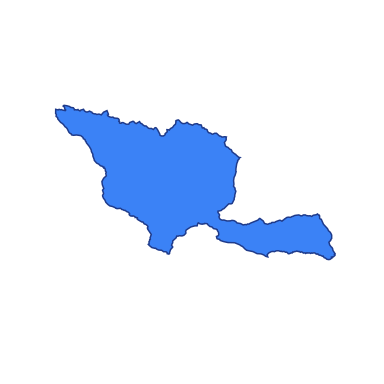 Pachitea, Huánuco, Peru, rotated 109°
{"feature_id": "86281439B39001468378373", "entity_name": "Pachitea", "entity_type": "district", "adm_level": 2, "iso_a3": "PER", "parent_name": "Peru", "parent_adm1": "Huánuco", "projection": "natural_earth1", "projection_center": [-75.872, -9.94], "detail": "fine", "context": "isolated", "style": "filled", "palette": "blue", "viewbox_px": 384, "rotation_deg": 109, "n_neighbors": 0, "source": "geoboundaries", "source_scale": "gbopen_adm2", "svg_char_len": 6061}
<svg xmlns="http://www.w3.org/2000/svg" viewBox="0 0 384 384"><g transform="rotate(109 192 192)"><path d="M151.2,338.5L151.7,341.2L152.6,341.8L153.0,341.6L153.0,340.8L153.4,340.1L154.8,339.4L155.6,338.1L156.3,338.3L156.7,341.1L156.6,342.4L157.1,343.0L157.1,344.6L157.8,345.0L158.0,345.6L158.2,347.8L162.2,346.5L162.9,345.5L164.8,345.1L165.4,343.3L166.6,342.7L169.0,338.8L169.2,337.7L170.0,335.6L171.7,333.2L171.9,332.2L172.7,330.7L175.6,327.8L176.2,326.6L176.4,325.1L177.2,324.5L177.0,322.6L175.7,319.8L174.9,315.5L175.9,312.8L177.0,312.1L177.2,310.3L178.4,309.5L178.9,308.5L179.8,308.0L182.4,303.9L184.9,301.1L186.6,300.2L188.5,298.1L190.3,297.4L193.2,295.0L193.9,294.7L195.7,291.6L196.0,289.2L197.0,287.2L196.9,284.8L197.5,284.1L197.2,283.4L198.2,283.0L198.0,282.1L199.3,281.1L200.3,280.8L201.2,279.5L202.5,279.6L204.6,278.3L207.7,280.0L211.4,280.6L214.4,279.1L217.5,276.5L219.4,277.2L222.0,275.2L223.1,275.1L224.1,275.5L225.1,275.1L226.8,273.6L227.9,271.8L229.8,270.1L231.1,267.6L231.9,265.2L231.6,262.6L231.8,259.7L232.2,258.8L232.0,258.1L232.2,257.6L230.7,254.2L231.4,252.7L231.2,251.7L231.5,250.1L231.1,249.3L231.8,247.4L231.8,245.9L232.1,245.1L232.9,243.9L233.9,244.0L234.5,242.8L234.6,241.7L234.2,241.1L234.3,240.6L233.8,240.1L233.7,239.3L234.1,237.6L234.6,237.4L234.2,236.7L234.4,235.7L234.2,235.2L234.5,235.0L235.3,235.1L235.8,234.1L236.7,229.7L236.3,228.7L237.7,226.8L237.7,225.0L238.4,223.1L239.2,222.3L240.1,222.5L240.5,222.1L240.8,222.3L241.6,221.7L245.4,216.7L249.0,216.7L250.2,216.0L250.8,216.5L252.2,216.2L252.9,216.5L255.0,215.7L255.7,216.3L256.5,214.9L257.6,211.9L257.3,208.4L257.0,208.0L257.6,206.5L257.7,204.7L257.0,201.7L257.7,199.4L257.0,197.2L257.3,195.9L258.4,195.4L258.3,193.9L258.1,193.5L257.4,193.2L256.9,193.5L253.4,193.5L250.5,192.3L249.9,192.6L249.2,193.9L247.4,194.0L246.4,193.7L244.5,194.3L240.5,192.1L238.7,192.1L238.3,190.8L237.5,189.9L236.8,187.2L235.6,185.6L233.2,184.4L232.3,184.6L231.3,185.2L229.8,185.1L225.5,181.8L223.1,178.3L222.3,176.1L219.7,176.3L219.1,175.9L219.5,174.1L219.1,171.8L218.5,171.2L218.4,170.3L217.7,170.0L217.1,167.7L217.1,167.1L217.7,166.5L218.8,163.8L218.5,161.9L219.6,159.7L219.2,157.1L219.4,155.9L220.1,155.6L221.4,153.9L223.4,152.9L224.7,152.9L226.1,154.4L227.7,153.4L228.1,152.9L227.8,150.5L228.6,149.6L228.6,146.2L228.1,141.6L226.1,135.2L226.4,129.8L227.0,127.7L227.0,126.6L228.7,123.2L229.3,121.3L228.5,114.9L229.1,110.4L228.0,106.5L228.1,103.8L228.8,101.3L228.7,99.2L226.9,100.5L224.8,99.7L222.7,97.8L221.8,96.1L221.6,94.7L220.1,93.0L219.4,91.2L219.3,88.7L218.9,88.1L219.1,87.3L218.2,85.6L218.5,84.0L218.1,83.1L218.2,82.3L219.0,80.9L218.6,79.8L217.3,78.4L217.0,77.4L215.8,77.1L215.7,76.3L215.0,75.8L214.5,74.6L213.7,73.7L213.7,72.0L213.3,71.5L213.7,69.9L213.0,69.3L213.1,67.6L213.5,66.9L212.8,65.5L213.1,64.5L212.6,64.3L212.3,63.5L212.0,63.4L212.0,62.6L211.3,61.0L211.5,59.9L210.6,58.9L210.7,58.4L209.7,56.6L209.8,55.3L210.3,54.3L209.7,53.4L209.9,52.9L209.7,52.6L210.0,52.3L210.3,51.2L210.0,50.1L210.3,47.6L209.9,47.2L211.1,45.6L211.0,44.3L211.7,42.6L211.4,40.7L210.8,39.6L208.7,38.1L208.2,38.9L207.6,38.2L207.4,37.3L205.4,36.2L204.7,36.4L204.5,37.0L203.8,36.6L201.4,39.7L199.8,40.6L198.9,41.6L198.6,42.5L197.2,44.6L194.9,46.2L192.6,45.1L192.0,45.3L190.5,44.8L187.3,45.9L186.5,46.6L185.1,48.1L184.2,50.3L182.5,52.0L179.7,57.2L175.7,60.9L175.8,61.8L175.4,62.7L173.0,63.6L172.5,64.1L172.8,64.4L171.9,66.2L173.1,67.2L174.5,69.8L176.1,70.8L176.0,72.6L176.6,73.9L177.0,76.1L176.8,77.5L177.5,79.3L178.6,80.1L179.1,81.2L178.9,83.5L180.2,86.2L181.0,87.6L182.0,88.4L182.4,89.2L183.9,90.6L184.5,92.9L185.5,94.4L186.7,95.0L187.3,95.7L188.8,96.4L189.3,97.0L189.9,97.1L190.3,97.8L190.0,99.0L190.2,100.0L192.7,103.1L193.8,103.9L194.8,106.6L196.0,107.2L196.4,108.3L197.9,109.9L198.1,113.2L196.2,115.2L194.9,119.2L195.1,119.6L197.2,120.6L202.4,126.6L203.8,127.7L204.2,129.1L205.2,129.8L205.4,131.1L206.5,132.9L206.0,135.8L206.6,139.4L205.7,141.0L205.4,143.0L205.8,145.0L206.9,146.5L208.0,149.6L208.1,152.8L208.6,153.7L208.8,155.3L208.5,156.7L207.6,157.8L206.4,158.5L205.6,158.3L204.5,158.6L202.9,160.8L201.7,161.2L200.0,158.4L198.3,157.5L197.4,156.4L191.2,153.4L190.5,151.2L189.7,150.3L185.2,149.7L184.2,150.1L182.3,150.1L180.8,150.6L177.0,150.8L175.3,152.4L174.4,152.5L173.1,154.6L171.0,154.9L167.7,156.4L164.5,157.0L162.3,156.7L158.3,156.9L157.9,157.4L155.4,158.1L150.7,158.9L147.9,158.8L147.3,159.1L145.9,158.3L144.6,158.3L143.8,157.8L144.0,159.0L142.7,162.2L142.1,163.1L142.1,164.0L140.9,167.3L139.8,168.0L139.2,168.9L139.2,170.3L138.1,172.5L138.0,174.5L137.7,174.9L137.7,175.3L134.6,177.5L132.0,176.7L131.0,176.8L129.7,177.4L128.8,177.4L129.0,178.8L130.3,181.5L129.9,183.1L130.1,184.3L128.5,187.9L129.1,189.7L130.6,191.2L130.7,192.0L130.3,193.6L130.5,195.5L129.7,196.9L128.2,198.0L128.0,199.5L128.3,200.6L127.3,201.7L127.9,202.5L128.0,203.2L125.6,205.1L126.2,208.0L125.7,208.8L125.8,209.6L127.0,212.0L128.6,213.2L128.6,217.5L127.8,218.8L127.8,219.4L129.3,220.6L130.0,222.0L130.3,223.2L130.0,224.9L128.5,227.5L128.3,228.5L129.5,230.2L130.2,230.5L130.7,230.0L133.3,229.7L134.9,230.7L137.3,231.4L139.1,233.1L140.9,233.6L140.8,234.7L141.2,236.0L143.1,235.0L145.6,236.4L146.1,236.1L147.1,236.3L148.4,237.4L149.0,239.3L148.7,240.8L147.7,241.3L144.3,244.9L143.1,246.6L143.0,247.3L143.3,247.9L145.5,248.9L145.1,251.2L145.7,252.5L145.9,253.9L144.5,256.9L145.0,258.4L144.3,260.8L143.7,261.7L143.8,263.0L142.5,264.5L145.5,267.1L145.2,268.7L144.3,270.1L144.4,270.9L146.6,273.5L148.5,273.9L149.3,276.2L148.8,279.8L149.3,281.0L150.1,281.4L150.4,282.4L150.3,283.0L149.3,283.2L149.0,284.2L148.2,284.1L147.3,284.5L146.7,285.4L146.6,286.5L147.4,289.6L146.9,291.2L147.6,292.4L147.8,294.3L147.5,296.1L146.8,296.9L146.4,296.4L145.7,296.3L142.7,298.9L145.3,301.6L148.6,302.9L148.6,305.3L149.7,307.3L149.5,308.5L149.9,309.7L149.9,311.8L149.1,312.7L149.1,314.3L148.8,315.1L150.3,316.8L150.8,318.1L150.4,320.0L149.1,321.5L150.9,324.0L151.8,324.3L151.6,325.9L151.1,326.7L151.9,327.4L152.0,328.6L152.6,329.9L151.8,330.4L151.0,331.6L151.5,334.4L151.0,335.5L151.2,338.5Z" fill="#3b82f6" stroke="#1e3a8a" stroke-width="1.5"/></g></svg>